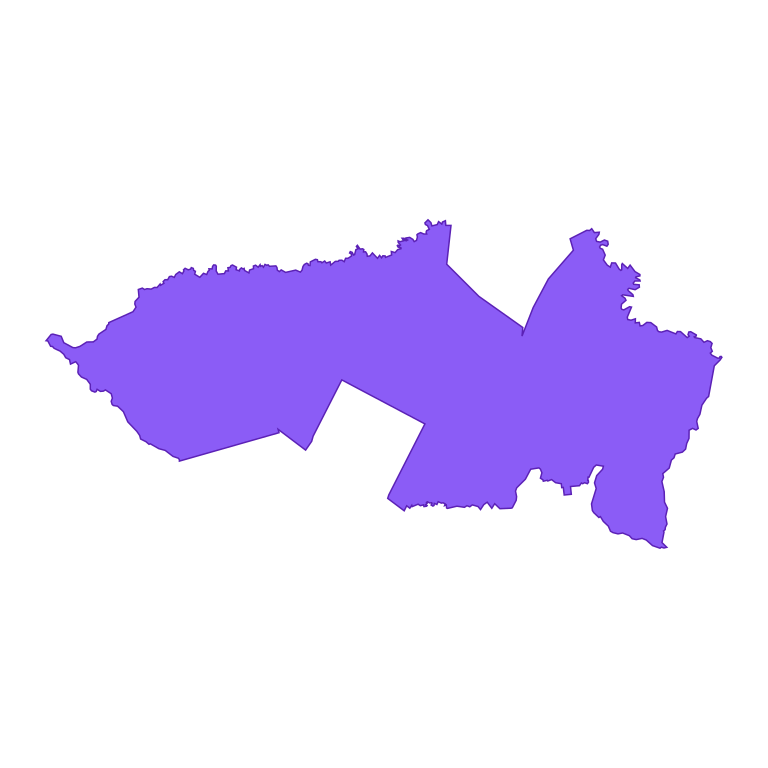 outline of Playford, South Australia, Australia
{"feature_id": "25037944B16955456805205", "entity_name": "Playford", "entity_type": "district", "adm_level": 2, "iso_a3": "AUS", "parent_name": "Australia", "parent_adm1": "South Australia", "projection": "natural_earth1", "projection_center": [138.637, -34.694], "detail": "fine", "context": "isolated", "style": "filled", "palette": "violet", "viewbox_px": 768, "rotation_deg": 0, "n_neighbors": 0, "source": "geoboundaries", "source_scale": "gbopen_adm2", "svg_char_len": 6097}
<svg xmlns="http://www.w3.org/2000/svg" viewBox="0 0 768 768"><path d="M721.1,356.4L720.0,356.6L719.3,358.1L717.8,358.2L711.9,355.2L710.3,353.1L712.3,351.3L710.8,347.7L712.1,343.4L710.3,341.6L707.4,340.7L704.0,342.3L700.8,338.8L694.8,337.6L694.2,336.9L696.3,335.9L696.3,334.9L690.7,331.7L688.8,332.0L688.0,334.7L689.2,336.2L687.2,337.6L680.5,331.6L677.4,331.5L675.9,333.9L667.1,330.4L661.5,332.1L658.9,331.7L657.5,330.5L656.6,327.0L650.8,322.6L646.8,322.4L642.8,325.5L640.1,325.9L639.3,322.4L635.3,322.9L635.4,318.8L631.0,320.2L627.7,319.5L627.3,317.1L631.5,307.1L629.6,306.7L623.8,309.9L621.8,309.3L621.1,308.1L621.5,304.2L626.0,300.3L625.0,298.2L621.6,295.7L622.8,294.8L633.3,296.4L632.9,294.7L628.2,290.6L627.7,289.4L629.0,288.3L635.1,289.7L639.4,287.2L639.2,284.8L633.7,284.3L633.2,283.1L634.9,281.0L640.1,281.0L639.8,279.9L635.6,277.7L636.0,276.8L639.9,275.9L639.9,274.5L635.0,271.6L630.1,265.1L627.7,268.4L622.3,263.5L621.7,264.7L621.7,269.8L620.8,270.4L619.1,269.0L615.5,263.0L611.7,262.9L610.3,267.1L607.3,265.2L603.4,259.9L605.2,255.1L602.6,249.2L600.3,248.3L599.6,247.0L600.6,245.2L602.7,244.6L606.9,246.2L608.2,244.3L607.7,241.2L604.4,240.0L600.2,242.1L596.6,241.4L595.7,238.7L598.9,234.4L599.3,232.2L594.4,232.6L591.7,228.7L589.6,230.5L586.8,230.3L570.1,238.8L573.4,250.2L548.4,278.9L533.2,307.5L522.0,336.1L522.8,327.5L478.8,296.3L446.7,264.2L451.0,225.4L445.8,225.4L445.4,220.7L442.5,222.0L441.8,224.1L438.6,221.6L437.2,224.6L431.9,225.9L430.9,222.6L428.0,219.8L424.9,222.9L425.4,224.5L427.5,225.6L429.3,229.3L426.6,230.7L426.1,232.2L426.7,234.0L423.8,234.0L420.6,232.6L417.8,233.9L416.9,234.8L417.4,237.0L416.5,240.4L414.2,241.6L412.9,239.4L409.7,237.4L405.8,238.0L405.6,238.9L407.6,240.0L406.2,240.8L405.2,240.4L404.1,238.3L402.1,238.3L403.7,240.7L400.1,241.7L398.1,240.9L398.2,242.4L400.5,245.0L399.6,245.9L398.0,245.1L397.3,245.7L398.2,247.2L400.9,247.8L401.0,248.7L397.7,249.6L395.1,252.6L391.3,251.5L391.6,255.0L385.5,257.4L385.1,255.9L382.8,255.8L381.6,257.8L379.6,255.4L377.5,258.3L372.4,252.9L370.0,255.9L367.3,256.3L367.0,254.0L365.6,251.8L363.5,251.9L363.8,249.5L362.6,248.8L360.1,249.1L357.4,245.3L356.4,246.4L358.0,248.8L355.9,249.6L354.6,254.6L353.5,255.0L352.3,252.4L350.3,251.6L349.6,253.0L351.4,254.0L351.5,256.0L348.0,258.3L345.6,258.3L344.2,261.7L341.9,260.2L339.1,260.3L338.3,261.3L335.3,261.4L330.7,265.1L330.1,261.8L326.3,263.0L324.7,261.0L321.9,262.8L320.9,261.7L317.9,261.7L317.4,259.7L315.4,259.3L310.3,261.9L310.0,265.5L308.4,265.3L308.0,263.8L306.7,263.2L304.3,264.5L303.0,266.4L302.0,270.2L300.4,272.1L295.7,270.1L285.6,272.4L281.2,269.9L279.3,271.6L277.3,270.1L277.0,267.6L275.9,265.9L269.5,266.3L268.1,264.8L266.9,265.3L265.0,264.4L263.4,267.2L262.1,265.6L260.5,266.3L260.1,264.7L258.2,267.2L255.6,265.2L253.4,266.0L253.5,268.7L249.6,270.0L248.9,272.9L244.6,270.5L244.1,268.4L243.1,269.0L241.4,267.9L239.6,269.5L239.4,270.9L236.1,269.7L236.5,267.2L232.5,265.0L231.0,265.6L230.1,267.4L227.9,267.7L228.4,270.9L225.7,270.9L224.4,273.6L218.0,274.2L216.2,271.0L216.3,266.2L215.6,265.1L213.7,264.9L212.6,266.3L212.1,268.9L208.9,268.8L209.3,270.3L208.0,271.4L206.7,274.5L203.5,273.3L199.8,277.3L194.7,274.2L195.4,271.3L193.7,270.4L193.3,268.4L191.3,267.6L190.6,269.1L188.2,269.8L185.1,268.3L183.5,269.8L183.9,271.0L182.4,273.7L179.3,271.8L175.7,274.5L174.3,277.4L171.5,276.2L169.4,276.6L167.7,279.7L165.0,279.7L163.1,281.6L163.9,283.3L160.5,285.3L160.1,284.0L157.1,287.5L154.4,287.4L151.2,289.1L147.0,288.7L144.6,289.5L142.3,288.1L138.3,289.5L139.0,297.2L135.1,301.4L134.8,304.0L136.0,307.2L133.0,311.7L108.8,322.6L108.7,324.1L107.0,325.7L105.9,329.4L98.9,334.1L97.5,336.3L97.0,339.1L93.3,341.9L86.8,342.0L79.9,346.4L75.5,347.8L72.9,347.6L63.8,342.7L61.2,336.3L52.9,334.1L51.1,334.5L46.1,340.7L47.8,340.9L50.6,346.3L52.5,346.5L54.2,348.4L60.1,351.1L63.8,354.3L65.7,357.7L69.5,359.6L70.5,364.1L75.7,361.7L77.4,363.7L78.5,365.3L77.9,372.2L78.5,373.9L81.4,377.0L86.7,379.4L90.3,384.3L90.3,389.2L91.5,390.8L94.9,392.1L96.2,391.5L97.1,389.3L100.4,391.4L103.5,391.1L105.4,389.9L111.2,393.7L112.4,398.1L111.2,401.3L112.1,404.4L113.3,405.5L117.6,406.2L123.4,411.7L127.8,421.9L136.8,431.3L139.7,435.5L140.6,439.0L146.0,441.7L149.0,444.3L150.3,443.8L158.9,448.7L165.2,450.4L173.0,456.4L178.3,458.2L179.4,459.6L179.4,461.1L279.0,432.7L278.1,429.3L305.6,450.1L311.7,441.3L313.1,436.2L341.8,379.9L424.9,423.9L388.8,494.9L387.7,498.4L404.2,510.8L406.7,505.8L409.8,508.2L411.8,505.3L412.2,506.6L418.1,504.2L420.4,505.7L423.4,504.9L424.0,506.6L426.6,506.2L427.1,505.5L425.5,504.7L427.1,503.3L426.5,502.4L427.4,501.8L429.8,503.0L431.7,502.7L432.0,503.5L431.1,505.0L432.9,506.1L434.0,505.5L434.3,503.4L436.9,504.5L438.2,501.7L441.3,503.1L443.1,502.8L445.2,503.9L444.6,505.6L446.3,504.9L446.6,508.0L447.5,508.4L456.9,506.2L464.5,507.3L466.9,505.7L469.8,506.8L472.3,504.9L478.0,506.5L480.5,509.6L483.8,504.6L487.2,502.2L491.8,508.3L494.7,503.7L499.9,508.7L511.2,508.2L512.3,507.8L516.2,500.3L516.6,496.6L515.5,491.1L516.7,487.8L525.4,479.2L530.7,469.2L538.9,467.9L540.4,469.1L541.9,472.8L540.4,478.2L542.9,479.8L543.3,481.2L547.2,480.3L547.8,481.0L551.6,479.6L555.6,482.7L561.3,483.7L561.7,487.6L563.3,487.4L564.2,495.0L571.3,494.3L570.5,486.5L579.5,485.7L581.4,483.0L582.7,483.7L584.6,482.7L587.4,483.7L588.5,482.2L588.3,480.4L587.7,480.3L588.1,477.1L589.0,477.2L593.7,467.3L596.3,465.0L603.4,466.2L602.6,469.2L596.7,475.6L594.5,482.9L596.2,488.5L591.5,503.9L592.4,510.6L593.9,512.8L598.9,517.5L600.4,516.6L603.3,521.4L608.3,526.1L610.5,531.2L612.9,532.6L618.0,533.9L622.6,533.0L629.4,535.7L632.1,538.7L636.2,539.6L642.1,538.4L646.2,540.0L652.5,545.6L660.0,548.2L661.4,547.2L664.0,548.0L666.8,547.3L662.0,542.6L664.0,532.1L663.5,531.0L665.1,529.7L665.4,527.2L667.0,524.0L665.6,516.6L667.5,508.3L664.5,502.1L664.2,491.7L661.9,481.5L663.5,477.3L662.8,473.6L669.2,468.1L671.4,460.1L674.0,457.8L675.2,454.0L682.4,452.1L685.6,449.1L686.7,443.5L689.0,438.4L689.1,430.2L692.6,428.4L696.0,430.0L698.2,428.4L696.7,421.4L697.5,418.5L699.9,414.3L701.9,405.2L706.6,398.2L708.6,396.5L714.3,365.8L720.1,360.0L721.9,357.3L721.1,356.4Z" fill="#8b5cf6" stroke="#5b21b6" stroke-width="1.5"/></svg>